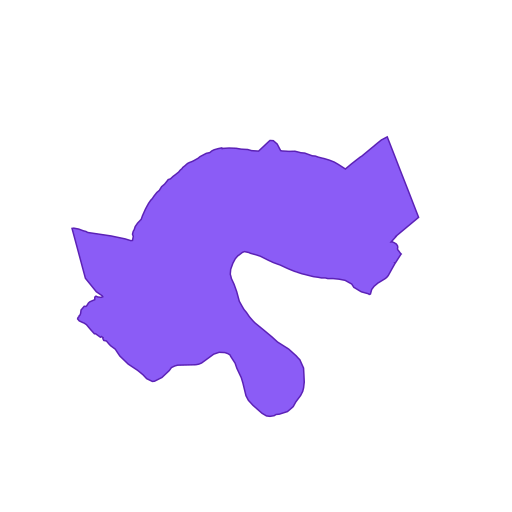 Upper Fuladu West, Central River, Gambia (Albers equal-area conic projection), rotated 140°
{"feature_id": "56634734B91081024976770", "entity_name": "Upper Fuladu West", "entity_type": "district", "adm_level": 2, "iso_a3": "GMB", "parent_name": "Gambia", "parent_adm1": "Central River", "projection": "albers", "projection_center": [-14.638, 13.443], "detail": "fine", "context": "isolated", "style": "filled", "palette": "violet", "viewbox_px": 512, "rotation_deg": 140, "n_neighbors": 0, "source": "geoboundaries", "source_scale": "gbopen_adm2", "svg_char_len": 3993}
<svg xmlns="http://www.w3.org/2000/svg" viewBox="0 0 512 512"><g transform="rotate(140 256 256)"><path d="M143.5,164.2L143.6,165.2L143.6,166.1L143.4,168.1L143.4,168.9L143.4,169.2L143.4,169.6L143.1,170.4L143.0,170.6L142.8,170.7L142.3,171.1L142.0,171.4L141.8,171.6L141.6,171.9L141.5,172.0L141.4,172.2L141.1,172.7L141.0,173.2L140.8,175.1L141.1,175.7L141.3,176.5L141.7,177.6L142.4,179.0L142.6,179.3L143.0,179.6L143.4,179.9L139.9,180.4L136.1,180.9L136.2,181.2L106.6,181.1L103.1,191.4L98.0,206.4L90.1,229.9L85.9,242.2L78.9,262.9L85.3,264.3L90.2,264.4L110.8,264.5L112.7,264.8L113.1,264.8L117.9,265.0L123.7,265.2L131.6,265.2L134.1,273.3L135.7,277.7L138.2,282.3L141.2,286.9L142.3,288.3L144.8,291.8L146.3,294.4L148.5,296.6L151.3,301.4L152.5,303.5L154.9,305.9L155.4,306.4L155.7,306.9L158.8,311.2L161.3,313.2L163.3,314.8L164.7,316.1L165.5,316.9L165.6,317.0L168.5,319.7L169.4,320.9L168.9,323.2L167.8,328.2L168.6,333.2L169.1,333.7L171.0,335.5L172.4,335.5L186.6,334.7L191.7,339.6L193.9,342.9L198.6,347.3L201.9,351.2L207.2,356.0L212.2,359.7L212.9,360.0L212.7,360.8L215.8,362.5L219.8,364.3L222.3,364.9L224.9,364.9L228.1,366.6L235.0,368.1L237.5,368.1L242.3,369.0L244.3,369.5L246.3,370.2L247.2,370.5L248.9,370.9L250.4,370.9L252.1,370.8L255.3,370.9L256.4,370.5L258.7,370.5L261.4,370.0L267.1,370.2L267.9,370.3L272.0,370.1L274.2,371.0L274.8,370.8L279.3,369.9L279.9,369.8L283.7,369.8L287.9,368.4L291.1,368.4L295.1,367.6L298.7,366.6L300.7,366.4L304.4,365.4L306.7,364.5L307.0,364.4L310.5,363.0L317.1,359.8L320.3,357.9L325.6,357.3L329.6,356.2L332.3,354.5L334.2,353.8L336.6,352.1L337.4,349.9L340.6,347.3L342.0,348.2L345.3,353.3L351.6,361.3L354.1,364.5L369.8,382.2L370.5,384.1L372.2,386.5L374.5,390.6L377.7,394.5L379.2,395.4L388.4,375.6L401.0,348.6L401.3,331.3L399.4,324.4L399.6,323.3L399.9,323.4L400.9,323.7L401.3,323.9L403.6,326.4L404.4,328.1L405.9,328.1L406.3,327.7L407.6,326.2L412.6,327.7L414.5,327.7L417.6,326.7L418.7,326.7L419.9,327.9L424.7,327.1L427.2,324.8L428.7,323.9L429.9,323.9L430.6,323.3L431.8,323.3L433.1,322.5L433.1,322.3L433.1,319.9L431.6,316.6L430.8,315.1L430.0,312.4L430.0,308.3L430.0,306.9L430.0,305.2L429.8,300.8L429.8,300.3L429.7,300.2L428.9,299.7L428.4,297.8L427.4,293.8L426.4,293.6L426.2,293.6L426.2,293.4L425.6,291.8L425.8,291.6L426.4,291.2L426.6,290.5L426.7,289.9L426.9,289.2L425.2,287.0L425.2,282.9L425.1,281.7L425.1,280.9L423.7,275.1L424.2,270.7L424.6,266.8L423.4,255.4L420.3,244.9L420.1,244.1L418.9,237.6L418.6,232.3L416.0,226.5L414.2,225.3L406.1,223.4L396.1,224.0L392.5,224.9L389.0,224.0L386.3,222.8L385.9,222.5L372.0,211.4L369.3,209.9L366.4,209.0L353.0,208.1L351.5,208.0L346.1,205.9L344.5,204.4L341.9,202.0L340.2,199.1L339.5,196.8L339.9,195.4L340.9,187.3L342.6,182.9L342.8,182.4L345.5,172.2L347.7,167.1L353.5,155.4L354.6,150.3L354.3,143.6L352.5,131.7L350.8,126.8L348.4,124.2L344.7,122.0L342.5,121.7L339.7,119.8L331.9,116.6L329.2,116.6L324.3,116.7L319.4,118.6L311.4,120.5L307.2,122.3L304.3,124.4L300.1,128.4L295.5,134.4L291.6,139.6L289.1,148.4L289.3,150.6L289.4,153.8L290.8,163.7L294.8,176.3L295.8,183.9L296.0,184.9L297.8,194.9L299.8,205.4L300.0,208.0L300.1,211.7L300.1,213.9L299.6,219.0L299.6,222.8L298.8,227.4L297.9,232.0L297.5,232.9L293.7,241.1L291.0,248.4L289.3,254.7L288.6,256.0L287.4,258.6L283.9,262.1L278.4,265.3L273.7,267.2L269.5,267.9L269.3,267.7L264.1,267.5L262.0,266.8L261.3,265.9L259.2,263.2L258.8,262.3L258.7,261.9L255.0,256.6L253.6,254.3L252.9,253.2L252.4,252.1L249.9,246.3L249.7,245.8L249.0,244.3L248.9,244.0L247.8,241.8L247.6,241.2L246.9,239.8L244.9,236.3L243.3,233.6L240.7,228.0L239.3,225.1L238.1,222.8L236.4,219.6L232.2,212.8L230.9,211.1L225.3,203.3L222.1,199.8L220.1,197.3L217.0,194.7L215.5,192.5L212.7,190.2L211.6,189.3L207.3,184.9L203.4,180.1L200.7,173.0L201.2,169.0L200.7,167.8L199.1,163.0L198.3,160.8L194.1,154.7L194.0,153.8L193.6,153.7L192.8,153.3L188.9,156.0L185.0,156.9L179.6,156.9L179.4,156.8L171.3,155.6L169.5,155.6L167.3,156.0L160.3,158.7L153.9,161.1L153.9,161.3L153.7,161.1L143.8,164.2L143.5,164.2Z" fill="#8b5cf6" stroke="#5b21b6" stroke-width="1.5"/></g></svg>